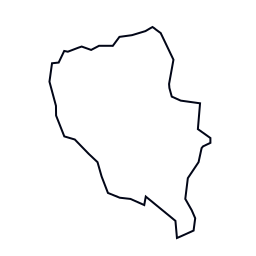 the district of Shada'a, Sa`dah, Yemen, rotated 7°
{"feature_id": "15242507B23625419846835", "entity_name": "Shada'a", "entity_type": "district", "adm_level": 2, "iso_a3": "YEM", "parent_name": "Yemen", "parent_adm1": "Sa`dah", "projection": "mercator", "projection_center": [43.194, 16.887], "detail": "fine", "context": "isolated", "style": "outline", "palette": "ink", "viewbox_px": 256, "rotation_deg": 7, "n_neighbors": 0, "source": "geoboundaries", "source_scale": "gbopen_adm2", "svg_char_len": 829}
<svg xmlns="http://www.w3.org/2000/svg" viewBox="0 0 256 256"><g transform="rotate(7 128 128)"><path d="M139.9,24.8L133.5,29.7L120.8,35.3L119.8,35.6L108.4,38.6L102.9,48.3L89.3,49.9L81.9,55.0L72.1,52.8L69.0,54.3L59.0,59.6L55.3,59.3L51.2,71.5L44.7,73.0L44.4,91.6L53.8,114.8L55.1,124.4L65.8,144.1L76.6,145.9L92.2,158.5L101.9,165.6L107.7,179.3L116.0,194.9L128.3,198.2L139.1,198.1L153.5,202.5L154.0,193.9L166.5,201.8L186.4,214.4L190.0,231.2L193.6,229.1L194.1,228.8L194.6,228.5L205.6,221.8L205.6,219.7L205.7,209.4L201.3,201.9L193.5,191.4L193.5,170.5L202.2,153.3L203.5,139.0L204.7,137.1L211.6,132.7L211.0,127.9L197.5,120.6L196.5,94.7L177.0,94.4L167.6,91.5L164.2,83.2L163.4,79.3L164.8,54.7L149.8,31.2L149.3,30.5L149.2,30.2L148.9,29.8L143.7,26.9L142.6,26.2L142.0,25.8L139.9,24.8Z" fill="none" stroke="#020617" stroke-width="2"/></g></svg>